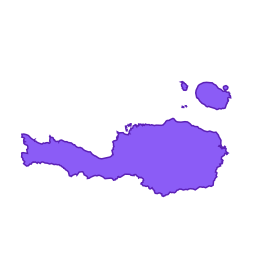 outline of Kota Tidore Kepulauan, Maluku Utara, Indonesia, rotated 101°
{"feature_id": "22746128B24002479708791", "entity_name": "Kota Tidore Kepulauan", "entity_type": "district", "adm_level": 2, "iso_a3": "IDN", "parent_name": "Indonesia", "parent_adm1": "Maluku Utara", "projection": "albers", "projection_center": [127.622, 0.39], "detail": "fine", "context": "isolated", "style": "filled", "palette": "violet", "viewbox_px": 256, "rotation_deg": 101, "n_neighbors": 0, "source": "geoboundaries", "source_scale": "gbopen_adm2", "svg_char_len": 5854}
<svg xmlns="http://www.w3.org/2000/svg" viewBox="0 0 256 256"><g transform="rotate(101 128 128)"><path d="M133.5,25.0L132.7,26.9L131.6,27.7L129.5,27.8L128.6,29.5L128.9,30.1L129.5,29.8L129.5,30.6L130.3,31.3L129.7,31.1L129.2,31.5L129.9,31.7L129.3,32.4L129.3,33.4L128.6,33.9L128.6,35.4L127.8,35.1L127.9,34.1L129.2,33.1L128.3,33.2L128.0,32.8L125.9,33.9L122.3,34.4L118.6,37.6L117.9,37.7L115.3,40.8L116.0,42.9L115.4,47.1L116.5,49.5L116.3,52.7L114.8,56.9L114.8,58.3L113.4,59.9L113.8,62.8L113.2,64.5L113.6,65.7L111.9,68.0L110.7,70.7L110.9,73.3L112.2,77.2L112.6,80.7L112.1,82.5L110.2,84.7L110.0,85.7L112.0,88.5L112.5,88.7L113.2,91.1L114.3,92.1L115.4,92.4L118.2,94.1L119.0,95.6L119.8,100.8L120.6,102.7L120.3,105.3L121.1,107.0L120.6,107.8L121.2,110.4L120.8,111.4L122.3,112.4L122.3,112.9L121.4,113.3L121.5,113.7L122.3,113.7L122.9,114.2L121.9,115.0L122.4,115.4L121.8,116.3L122.4,117.1L121.9,118.1L122.3,118.4L123.3,117.9L123.9,118.1L124.1,119.5L125.1,119.6L124.2,120.6L123.4,120.7L123.3,121.6L124.1,121.9L124.9,123.2L127.3,123.4L127.7,125.2L129.2,124.7L129.6,125.6L131.1,126.2L131.8,125.8L132.5,125.9L133.1,125.3L133.1,126.2L134.6,126.5L134.7,129.1L134.4,130.7L133.5,131.9L134.4,135.7L137.7,136.5L138.6,136.0L140.0,136.5L140.6,136.2L141.4,136.4L142.2,137.0L143.6,139.7L144.6,140.3L145.6,139.4L148.2,138.8L148.6,138.3L150.8,138.8L151.7,138.3L153.0,139.5L157.0,137.6L157.2,138.2L158.8,138.9L160.0,140.3L163.3,148.0L163.3,150.7L161.7,154.5L161.7,155.4L160.6,158.1L158.6,160.4L159.0,162.4L158.4,166.0L157.7,167.8L156.7,169.0L156.2,171.2L156.7,172.8L156.6,174.2L155.7,176.0L154.6,177.2L154.9,178.2L153.5,180.7L153.6,184.2L153.1,185.3L153.5,187.5L152.5,190.8L153.0,192.3L154.1,192.9L154.3,193.5L154.7,193.5L154.3,193.8L155.0,196.2L154.5,197.3L153.6,197.9L153.7,198.6L152.0,199.6L151.7,200.4L152.0,201.7L150.6,203.1L151.4,203.3L152.3,202.6L155.8,202.4L156.5,201.7L157.7,202.0L158.1,202.6L157.6,203.6L158.1,205.7L158.9,206.5L158.9,208.3L159.9,209.0L160.2,209.8L159.8,212.9L159.1,215.2L158.4,216.1L158.8,217.0L158.0,217.8L157.4,217.6L157.9,218.2L156.6,221.2L154.4,224.3L153.9,226.4L153.8,229.1L154.4,231.0L156.1,230.3L157.2,230.5L157.4,228.4L157.9,227.6L159.1,228.1L160.5,228.0L161.1,226.5L161.6,227.6L163.0,227.2L163.8,225.9L164.2,223.7L164.9,223.0L166.9,222.4L167.7,222.5L168.4,223.3L172.1,221.8L172.2,226.3L172.6,227.4L173.3,227.5L173.7,227.2L176.8,226.9L177.3,226.1L178.2,225.3L179.2,225.2L180.9,222.9L182.9,223.7L184.7,220.3L184.0,218.6L182.2,217.5L181.8,216.0L180.8,215.8L179.4,214.6L179.7,213.9L179.0,212.6L179.9,210.4L179.1,210.2L178.8,209.2L179.5,207.4L178.4,206.8L177.7,205.9L177.7,204.4L178.2,202.9L177.9,200.4L178.3,198.2L177.4,196.1L178.0,193.6L177.5,192.2L177.5,189.8L177.1,188.6L177.9,187.5L177.8,186.6L178.7,185.3L179.2,183.6L179.8,183.4L179.9,182.4L180.9,181.3L181.6,179.3L182.7,178.0L186.0,176.5L186.2,175.6L185.9,175.0L186.4,174.5L184.6,172.9L183.3,170.8L183.6,169.3L184.0,169.1L180.6,167.5L179.6,164.5L179.6,164.1L181.5,162.4L182.2,162.3L183.3,159.0L184.2,158.3L185.3,158.2L184.7,156.5L183.4,155.2L181.2,152.0L180.8,150.9L180.9,149.3L180.2,148.4L179.9,146.7L180.8,143.2L182.1,140.9L180.5,135.3L180.6,133.7L182.0,132.2L181.2,130.4L180.3,130.3L179.9,129.1L178.3,128.4L177.8,128.6L177.4,127.9L178.0,127.1L177.7,126.1L173.9,122.1L173.2,117.8L173.2,117.0L173.8,116.1L173.7,114.1L173.1,113.5L173.5,113.0L172.5,112.6L172.2,111.5L173.2,110.4L174.1,108.3L175.0,108.0L174.3,107.3L174.4,106.3L173.9,105.8L175.0,103.4L176.3,102.7L176.9,103.2L178.5,103.1L179.2,104.3L180.4,104.6L180.6,103.6L181.8,102.3L181.6,100.6L181.9,99.1L181.2,97.6L181.7,96.6L183.3,95.7L183.6,95.0L183.4,94.1L182.0,93.0L183.8,91.3L184.4,90.1L185.3,90.0L186.9,88.8L186.8,86.7L185.8,85.2L185.7,84.1L186.2,83.6L186.1,82.4L188.0,81.7L188.4,80.3L187.7,79.8L187.7,79.0L186.7,78.4L185.6,76.0L182.9,74.5L183.1,72.9L182.6,71.4L182.8,70.2L182.0,69.2L179.7,68.0L179.4,67.1L178.2,65.9L177.9,64.1L178.3,61.9L177.2,59.5L177.2,57.6L176.5,57.1L175.7,55.4L175.4,52.3L175.9,50.2L172.0,46.4L171.9,43.2L171.5,42.7L171.8,40.3L169.3,37.3L169.4,35.2L167.9,33.5L163.8,33.9L162.6,33.0L161.7,33.1L159.8,32.3L158.9,31.5L158.0,32.4L155.1,32.1L154.6,32.7L154.6,33.7L152.6,33.7L151.4,33.1L149.7,33.0L147.5,29.9L146.1,30.8L146.1,30.1L145.2,29.8L145.0,28.8L144.5,28.6L143.6,28.7L143.4,29.4L142.1,28.6L142.0,29.0L141.2,29.2L141.2,30.3L138.7,30.6L136.3,28.3L134.4,28.0L134.2,27.1L135.1,26.0L134.8,25.7L134.2,25.9L133.5,25.0ZM78.8,35.0L78.8,33.0L77.2,33.5L76.6,33.9L76.6,34.5L76.0,34.9L74.7,34.8L74.7,35.2L73.6,35.9L74.0,37.8L73.3,39.4L73.9,41.7L72.3,44.3L71.9,46.8L69.2,49.9L68.5,52.4L67.6,53.8L68.2,59.6L69.1,62.6L71.8,66.2L73.1,67.1L77.9,68.3L80.7,68.2L84.8,66.5L85.1,65.7L85.6,65.6L85.6,64.7L87.7,62.8L89.6,60.1L90.4,57.3L91.9,55.2L92.0,53.8L91.3,52.8L91.7,51.4L92.2,46.4L92.9,44.4L92.5,43.3L91.5,42.4L91.5,40.1L90.6,38.9L90.6,37.8L89.8,36.4L85.7,35.9L85.1,35.4L84.0,35.6L82.8,34.8L82.0,35.1L81.8,34.7L81.3,34.8L81.2,35.4L79.6,35.8L78.8,35.0ZM76.9,77.6L75.5,77.5L75.2,78.4L73.7,80.0L73.5,81.0L72.7,81.8L72.1,83.5L72.7,84.7L72.9,83.6L73.6,83.0L74.9,83.8L76.7,83.3L78.0,82.1L78.9,82.2L79.6,80.9L80.2,80.7L80.1,78.9L79.5,77.9L77.9,77.7L77.2,78.2L76.9,77.6ZM69.3,37.6L68.4,38.1L67.7,39.9L68.7,41.7L69.7,42.2L71.1,41.7L72.0,40.7L72.1,39.9L72.0,39.0L70.7,37.8L69.3,37.6ZM125.4,125.7L123.4,125.7L123.4,126.4L124.0,127.0L124.8,127.1L125.4,125.7ZM131.0,128.4L129.5,128.6L129.2,129.9L131.1,129.0L131.0,128.4ZM140.0,136.6L138.6,136.4L138.5,137.0L139.6,137.3L140.6,136.9L140.4,136.4L140.0,136.6ZM134.9,136.9L134.2,136.6L133.8,137.8L134.9,137.4L134.9,136.9ZM126.7,130.8L127.6,130.4L127.5,129.6L126.4,130.2L126.7,130.8ZM97.3,78.1L97.2,77.2L96.7,77.2L96.4,78.8L97.0,78.8L96.6,78.1L96.8,77.8L97.3,78.1ZM125.5,128.7L126.1,127.5L125.7,127.3L124.8,128.5L125.5,128.7ZM95.9,75.0L96.1,74.0L95.5,75.1L95.1,74.4L95.2,75.6L95.9,75.0ZM128.1,30.0L128.1,29.2L127.9,29.0L127.5,29.6L128.1,30.0Z" fill="#8b5cf6" stroke="#5b21b6" stroke-width="1.5"/></g></svg>